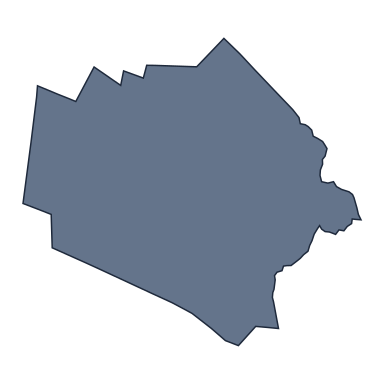 Monsenhor Gil, Piauí, Brazil
{"feature_id": "56859067B91123658252289", "entity_name": "Monsenhor Gil", "entity_type": "district", "adm_level": 2, "iso_a3": "BRA", "parent_name": "Brazil", "parent_adm1": "Piauí", "projection": "natural_earth1", "projection_center": [-42.544, -5.616], "detail": "fine", "context": "isolated", "style": "filled", "palette": "slate", "viewbox_px": 384, "rotation_deg": 0, "n_neighbors": 0, "source": "geoboundaries", "source_scale": "gbopen_adm2", "svg_char_len": 1230}
<svg xmlns="http://www.w3.org/2000/svg" viewBox="0 0 384 384"><path d="M278.5,328.5L273.5,301.7L272.4,297.5L272.8,292.6L274.0,289.3L275.2,279.8L274.5,275.7L277.0,272.2L282.0,270.7L283.5,266.1L286.9,265.6L291.1,265.5L297.6,260.5L300.3,258.3L303.6,254.7L308.0,251.2L309.7,245.4L312.0,240.7L314.2,234.1L317.6,228.5L319.6,225.6L321.6,229.1L325.1,231.6L329.4,232.0L332.6,233.2L335.6,234.4L339.0,229.9L343.9,230.8L347.3,226.4L351.6,223.6L352.2,219.0L355.7,219.4L361.0,219.8L358.4,214.5L356.9,207.9L355.4,202.7L354.0,197.8L352.5,194.5L349.0,191.8L341.5,189.4L336.5,186.6L333.5,181.7L327.9,183.1L321.6,181.7L320.0,175.4L320.4,169.9L322.6,164.2L322.4,159.5L325.1,156.1L327.0,148.6L325.1,145.4L322.6,141.5L317.6,138.4L313.2,136.2L311.7,130.1L308.2,126.6L305.2,124.7L300.3,123.7L299.0,117.6L292.8,109.7L277.2,93.4L255.2,70.3L240.0,54.0L223.9,38.4L196.7,66.8L190.3,66.6L154.7,65.4L146.7,65.3L145.0,71.8L143.3,78.1L123.6,70.9L120.7,85.4L94.1,67.0L75.8,101.5L68.8,98.6L58.7,94.6L37.5,85.8L36.6,97.1L31.1,141.7L23.0,203.5L36.4,208.6L51.2,214.4L52.2,247.8L85.5,262.7L99.5,269.1L152.7,293.8L172.1,302.7L191.9,313.3L211.2,328.3L225.4,340.6L238.4,345.6L255.7,326.4L268.3,327.5L278.5,328.5Z" fill="#64748b" stroke="#1e293b" stroke-width="1.5"/></svg>